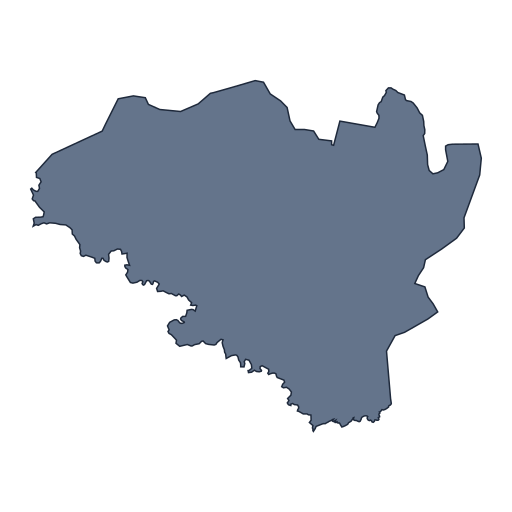 Koutiala, Sikasso, Mali (Mercator projection)
{"feature_id": "8926073B20399394700191", "entity_name": "Koutiala", "entity_type": "district", "adm_level": 2, "iso_a3": "MLI", "parent_name": "Mali", "parent_adm1": "Sikasso", "projection": "mercator", "projection_center": [-5.625, 12.308], "detail": "fine", "context": "isolated", "style": "filled", "palette": "slate", "viewbox_px": 512, "rotation_deg": 0, "n_neighbors": 0, "source": "geoboundaries", "source_scale": "gbopen_adm2", "svg_char_len": 5541}
<svg xmlns="http://www.w3.org/2000/svg" viewBox="0 0 512 512"><path d="M135.7,282.5L137.0,282.2L139.9,280.4L141.9,280.5L142.8,281.7L142.1,283.6L142.8,284.7L143.7,285.1L144.7,284.3L146.6,280.7L148.2,280.5L149.3,281.0L151.3,284.1L151.7,284.2L152.4,284.4L152.9,283.8L153.6,281.4L154.6,280.9L157.7,282.3L159.2,284.0L158.8,284.8L156.6,288.4L157.6,291.5L160.9,291.3L163.1,290.8L166.1,292.4L169.0,293.8L169.7,293.7L171.4,293.5L175.4,295.7L176.8,295.7L178.7,294.0L180.3,294.9L181.6,296.5L184.2,295.1L185.6,296.0L187.0,297.0L188.6,299.9L191.6,302.7L190.7,305.1L192.9,305.5L195.6,305.1L196.8,305.7L195.2,311.1L193.8,310.1L193.1,309.6L191.5,309.4L187.1,310.3L186.8,312.9L185.6,316.4L182.7,316.4L180.9,318.0L180.6,319.0L181.5,320.5L184.1,321.8L184.3,322.5L182.2,323.4L180.7,323.3L179.6,322.7L177.9,320.5L176.4,319.7L174.2,319.9L169.7,322.3L167.5,325.9L169.1,329.8L168.0,331.5L169.0,333.4L171.4,334.7L174.8,338.3L176.5,340.2L176.0,343.3L179.7,346.3L187.3,344.5L191.1,346.0L192.3,345.9L193.4,345.3L193.7,345.1L194.7,344.6L198.2,343.9L199.2,343.7L201.6,341.3L203.1,341.0L205.6,343.6L208.6,344.4L214.2,345.0L215.9,344.4L217.1,342.5L221.0,339.3L223.0,339.8L222.2,342.7L223.0,346.2L224.4,349.8L224.6,352.1L225.7,354.1L226.0,357.2L226.2,358.5L231.5,355.6L235.5,354.9L236.8,355.3L238.0,357.0L238.7,360.0L240.5,362.8L240.7,365.2L240.7,366.8L244.0,366.9L244.8,363.5L244.2,361.7L245.6,359.3L249.0,360.2L251.4,364.6L251.8,368.2L251.0,369.0L249.0,370.5L248.1,370.6L248.5,372.6L251.6,372.2L253.0,371.2L254.4,370.2L256.5,371.5L259.3,371.8L261.3,371.2L261.5,370.4L260.0,368.6L260.2,366.6L262.1,365.7L268.6,369.2L268.8,371.5L267.8,373.2L268.7,374.5L270.2,373.8L272.5,373.1L274.6,373.1L276.0,373.9L276.4,375.9L277.2,377.5L283.9,380.1L284.6,382.2L282.7,384.2L281.7,386.7L283.4,387.8L286.5,387.3L289.1,389.0L291.4,392.0L290.9,395.2L287.6,398.5L288.9,400.4L288.4,401.4L287.3,402.9L288.2,404.4L288.5,404.7L288.8,404.9L290.8,405.5L290.9,404.1L292.7,403.5L294.3,404.6L295.6,404.7L296.7,404.9L297.6,405.0L298.7,407.0L298.5,408.6L297.8,409.5L297.4,411.0L298.8,411.4L301.0,412.6L303.2,413.9L307.0,413.9L308.4,414.8L310.9,415.0L311.0,416.6L311.1,420.2L309.4,422.5L311.5,424.3L312.9,425.5L312.4,428.0L312.9,428.6L312.9,430.6L313.4,431.4L315.2,428.6L316.1,426.4L323.2,423.6L323.3,423.7L325.5,423.6L326.3,422.9L327.9,422.2L329.0,421.4L330.7,420.7L331.3,420.4L332.1,419.9L332.5,419.5L333.1,419.4L333.4,419.3L332.6,420.4L332.5,421.1L333.4,421.6L334.0,421.5L334.7,420.8L335.6,420.3L334.9,421.6L335.0,422.4L336.0,422.5L336.3,422.0L337.1,421.7L337.5,422.8L338.2,423.1L339.0,422.8L339.7,423.3L340.2,424.3L340.4,424.7L341.1,425.8L341.8,427.0L342.9,426.7L345.0,425.8L346.8,424.8L347.7,424.3L348.5,422.8L351.2,421.1L352.2,419.6L353.0,418.6L353.2,417.8L353.8,417.6L353.4,418.9L353.6,419.8L354.7,420.4L356.4,420.5L357.8,421.2L359.1,421.7L360.1,421.3L361.1,419.3L361.5,417.9L362.0,417.2L363.2,416.5L364.2,416.0L365.0,415.8L365.5,415.8L366.8,415.9L367.7,416.5L367.3,417.3L367.2,418.5L368.0,419.9L369.3,420.6L370.2,420.4L370.6,420.1L371.4,420.7L372.1,422.0L373.3,422.3L374.4,421.3L374.7,420.5L374.9,419.9L375.9,419.9L376.9,420.3L378.2,420.2L378.9,419.5L378.8,418.8L378.5,418.1L378.3,417.6L379.6,416.9L379.6,416.1L379.2,415.4L378.9,414.7L379.0,413.9L379.8,413.3L379.8,412.4L379.4,412.0L380.5,411.5L380.7,411.3L381.3,410.5L382.0,409.6L383.2,410.0L384.9,409.5L386.7,408.5L388.6,407.0L388.6,406.3L389.0,405.6L390.4,405.0L391.1,404.1L391.3,403.5L390.8,400.0L390.7,400.0L386.5,351.1L395.1,335.6L404.6,332.3L427.9,319.0L437.7,311.9L433.1,303.8L428.1,297.1L424.9,286.9L414.8,283.5L418.4,275.6L423.6,267.7L425.4,259.7L441.7,249.0L456.6,238.2L464.3,228.0L464.0,217.8L479.7,175.0L481.3,158.2L478.0,144.0L452.5,144.2L448.1,144.7L445.6,146.1L445.6,149.8L447.8,161.4L443.8,169.6L437.7,172.8L432.9,173.8L429.2,170.5L427.6,164.6L427.3,155.1L425.3,145.9L423.2,135.6L424.7,133.5L424.8,129.7L423.9,125.6L423.7,121.4L422.4,115.3L419.7,112.9L417.1,107.9L413.2,103.0L411.0,101.5L406.6,100.6L405.5,99.7L404.4,95.0L397.8,92.5L395.8,90.5L392.8,89.1L391.1,87.9L388.4,87.9L385.9,90.6L386.3,92.4L384.5,95.6L382.8,97.1L381.2,101.6L379.5,102.7L378.1,104.9L376.6,111.6L377.3,113.3L378.9,115.3L379.0,118.2L377.2,122.7L375.3,126.5L374.9,127.3L373.3,127.0L339.9,121.1L333.6,145.3L331.6,144.7L331.6,140.9L318.8,139.3L313.6,131.0L304.5,129.5L295.1,129.5L290.0,120.9L287.1,107.5L280.6,100.9L270.2,93.9L263.5,82.2L255.2,80.6L228.5,88.4L213.3,92.7L210.4,93.3L198.2,103.9L180.6,111.5L159.8,109.5L148.4,104.4L145.3,97.7L133.4,95.9L118.2,98.8L105.5,124.2L102.2,131.1L52.1,154.3L35.7,172.5L36.3,173.0L36.5,177.4L39.8,178.5L41.1,181.8L38.9,185.2L39.5,188.4L37.7,191.4L36.0,191.3L33.3,189.9L31.8,188.2L30.7,189.1L33.5,195.1L32.2,198.9L33.0,200.0L33.6,200.7L34.9,200.9L39.6,207.4L44.2,211.9L43.7,214.6L43.1,216.7L40.4,217.2L35.6,217.3L33.3,218.8L34.2,223.1L33.2,226.2L36.0,224.6L38.3,225.3L41.3,223.7L44.0,222.8L46.6,223.9L49.7,222.8L55.6,223.3L60.1,224.5L65.8,224.9L70.0,227.7L72.1,229.9L72.3,234.0L74.5,236.0L76.1,239.3L79.9,244.6L79.7,246.7L79.6,247.7L80.6,251.1L80.2,253.5L81.3,255.7L83.5,256.4L85.9,255.2L92.0,257.2L94.8,258.3L95.1,261.1L96.4,262.8L97.9,262.9L99.3,262.8L100.6,261.1L101.3,259.5L101.8,258.3L103.0,258.3L104.0,260.3L105.9,261.5L107.3,262.0L108.7,261.4L108.8,260.3L109.0,258.1L108.6,254.3L111.2,251.0L113.8,250.8L117.4,249.0L120.5,249.3L121.6,251.5L121.9,253.4L122.0,254.0L124.7,253.6L127.1,253.2L127.0,257.5L128.4,262.0L129.6,265.3L126.9,264.8L124.8,265.2L124.9,266.6L125.8,268.1L127.9,269.5L127.6,272.1L125.8,274.9L126.8,276.7L130.4,282.5L132.9,283.1L135.7,282.5Z" fill="#64748b" stroke="#1e293b" stroke-width="1.5"/></svg>